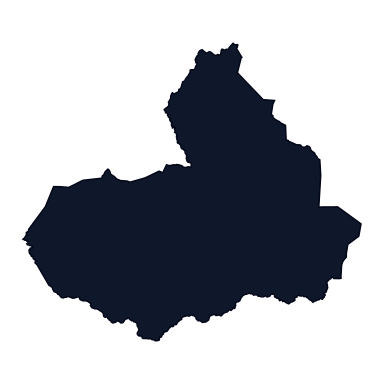 the district of Machaze, Manica, Mozambique
{"feature_id": "85939544B88211826741163", "entity_name": "Machaze", "entity_type": "district", "adm_level": 2, "iso_a3": "MOZ", "parent_name": "Mozambique", "parent_adm1": "Manica", "projection": "natural_earth1", "projection_center": [33.202, -20.936], "detail": "fine", "context": "isolated", "style": "filled", "palette": "ink", "viewbox_px": 384, "rotation_deg": 0, "n_neighbors": 0, "source": "geoboundaries", "source_scale": "gbopen_adm2", "svg_char_len": 5983}
<svg xmlns="http://www.w3.org/2000/svg" viewBox="0 0 384 384"><path d="M237.4,44.6L234.8,44.8L234.0,44.4L233.6,43.4L233.0,43.3L229.2,47.5L228.7,49.3L226.3,49.3L225.5,50.0L224.6,50.1L222.4,49.2L221.8,49.3L221.3,50.3L220.7,54.2L219.8,55.2L217.9,54.5L216.4,55.3L214.6,55.3L211.3,52.5L209.9,51.8L208.8,51.9L206.6,53.4L202.1,49.7L200.3,50.4L199.3,51.2L198.1,53.6L198.4,55.2L197.2,55.8L196.6,56.6L195.2,59.6L196.0,62.9L197.0,63.1L197.2,63.7L197.1,64.3L195.7,66.2L195.0,68.8L193.7,69.8L190.9,69.7L190.1,70.3L190.2,71.9L189.8,72.8L188.2,75.6L185.3,79.3L185.0,80.9L182.7,81.8L181.1,87.3L180.4,88.8L178.9,89.4L178.5,91.7L174.9,93.5L174.6,94.0L173.9,94.1L172.5,92.8L172.0,93.1L170.7,96.2L170.8,97.8L170.5,98.7L168.4,102.4L169.0,103.6L168.7,105.6L168.1,106.5L164.4,109.3L164.7,109.6L164.4,110.3L165.3,111.0L165.4,112.2L166.1,113.0L167.0,113.2L167.8,114.2L167.5,115.2L168.1,116.0L168.6,117.4L169.9,117.7L169.7,119.3L170.1,120.8L171.3,121.9L171.3,122.4L171.9,122.3L171.4,125.0L172.3,127.0L172.4,127.9L173.3,127.7L172.9,127.1L173.2,126.5L175.2,127.8L174.5,129.1L174.6,129.6L175.3,129.5L175.4,129.9L174.9,131.0L175.2,131.6L174.7,132.3L176.1,133.2L176.5,134.1L176.7,136.0L176.4,137.1L177.0,137.9L176.8,139.2L177.7,141.1L177.3,141.8L177.5,142.9L179.8,144.1L180.0,144.6L181.0,145.4L180.8,146.6L181.2,147.8L182.0,148.8L183.2,149.2L184.6,150.7L185.0,150.6L185.2,153.2L186.3,154.4L186.6,155.3L186.4,156.3L186.9,157.1L187.0,157.5L186.2,158.4L186.9,159.6L186.8,160.8L188.0,161.6L188.1,162.3L189.6,162.2L190.0,162.8L191.2,162.9L191.2,167.2L188.1,166.8L185.8,167.5L183.9,167.3L183.2,167.0L182.0,165.8L178.8,164.8L176.6,164.5L175.8,164.9L172.5,164.9L171.4,165.4L169.0,165.6L166.5,164.8L162.8,172.7L159.0,171.2L145.1,177.9L130.0,182.2L127.3,181.1L120.6,180.6L116.7,179.0L114.5,176.7L110.6,174.1L109.8,171.3L108.5,169.4L107.7,169.2L105.2,171.7L103.7,174.9L102.4,175.8L101.7,178.2L82.9,180.3L68.8,187.4L60.2,186.7L53.6,186.6L45.4,206.7L28.6,229.4L28.7,231.0L26.4,232.5L26.3,234.0L26.9,235.1L26.0,235.4L24.6,237.8L23.0,239.2L24.9,240.2L26.1,240.3L28.2,242.7L28.2,243.8L26.9,243.8L27.3,244.7L28.5,245.0L28.4,244.3L28.8,244.1L29.7,245.5L30.7,245.5L33.0,247.0L32.6,247.6L30.2,248.2L29.7,249.6L29.0,250.1L29.0,250.7L29.5,251.3L29.2,252.2L29.5,253.1L30.6,254.8L31.4,255.2L31.2,255.8L31.5,256.4L32.3,256.4L32.9,257.1L33.4,258.9L35.6,260.0L35.3,260.9L35.7,261.5L35.0,262.3L35.1,262.9L37.0,264.7L48.7,284.9L49.3,285.6L50.4,285.8L51.5,287.0L52.4,287.3L52.7,289.1L54.1,291.7L56.6,292.5L57.9,294.3L59.5,294.9L60.3,296.4L61.6,297.6L63.6,297.9L64.8,297.2L66.1,297.3L68.1,296.4L72.7,298.2L74.9,297.9L78.5,296.7L79.0,297.0L80.1,299.6L82.6,300.7L83.3,300.4L83.7,300.8L84.1,300.4L84.5,300.8L85.9,300.8L87.6,301.3L90.8,303.6L91.0,304.9L90.4,305.3L90.5,305.7L91.9,307.7L95.0,308.9L96.5,308.8L97.9,309.3L102.6,312.4L103.8,315.0L103.5,315.7L103.7,316.3L105.1,317.3L106.7,316.9L107.6,317.4L107.7,318.4L108.8,319.0L109.3,320.1L110.8,320.9L111.3,322.0L112.7,322.9L113.7,322.9L114.4,321.9L115.7,322.4L116.4,321.2L117.2,320.9L119.3,321.6L120.9,323.0L122.5,322.8L123.4,322.1L125.5,318.8L126.8,319.0L127.7,317.6L128.4,317.6L129.3,319.0L131.6,320.7L133.1,320.9L134.0,321.9L135.1,321.9L137.2,323.6L137.1,325.6L138.4,327.8L138.6,328.8L139.1,329.7L137.3,333.0L137.2,333.9L137.9,335.1L138.9,335.9L141.2,336.1L142.0,337.0L142.3,338.0L143.2,338.5L147.1,338.5L148.6,338.9L150.0,338.4L151.9,339.6L154.1,339.9L155.0,340.7L157.5,340.7L159.3,340.0L159.5,337.2L159.9,336.9L160.9,337.2L161.4,336.8L162.4,334.7L163.4,334.1L163.4,333.1L164.0,332.3L167.3,331.0L169.1,328.2L170.2,327.4L170.0,326.3L171.0,326.1L171.8,326.6L173.0,326.5L173.6,326.0L173.7,325.3L174.2,324.5L175.0,324.3L175.7,324.7L176.6,324.3L177.3,322.3L178.8,321.4L179.4,320.5L181.6,319.4L181.4,318.2L183.1,316.8L187.7,315.6L188.4,316.1L189.3,316.1L191.0,315.0L191.8,315.0L193.0,315.6L194.2,315.7L195.9,317.5L196.2,318.9L198.0,320.7L198.8,320.9L199.9,320.5L202.3,322.4L206.1,321.9L208.6,320.0L209.5,316.7L210.4,315.8L213.6,314.5L215.1,314.7L215.9,315.5L217.9,315.3L219.0,314.7L220.4,315.8L221.3,315.8L223.6,313.3L225.9,312.2L227.2,312.0L229.4,309.8L230.1,309.7L230.7,310.4L231.1,310.4L233.3,308.1L233.9,308.5L234.7,308.4L235.7,305.3L235.4,304.0L235.6,303.1L236.9,301.8L238.3,301.8L239.8,300.7L241.2,297.5L241.8,297.1L242.4,296.0L244.9,294.4L246.7,294.2L247.1,293.8L250.0,293.2L250.8,293.9L252.3,293.7L253.5,295.1L256.7,294.7L258.0,296.1L260.0,296.3L261.0,296.8L263.6,296.8L265.4,295.9L266.2,296.0L267.0,297.0L269.7,296.2L271.1,294.1L273.4,294.1L274.6,294.8L274.5,296.3L274.7,296.9L276.8,298.1L278.5,298.5L279.7,300.7L280.9,300.1L282.0,300.1L282.8,301.5L284.0,301.0L285.6,302.4L288.5,303.8L289.2,303.6L291.0,301.9L292.0,302.0L293.9,301.0L294.9,300.1L294.6,298.3L294.9,297.7L297.0,297.0L297.5,295.5L298.7,295.0L299.1,295.7L301.2,296.1L302.8,295.7L304.0,296.7L306.1,296.3L306.6,297.4L307.7,297.8L309.8,299.9L311.7,300.6L312.0,301.5L313.0,302.3L314.1,301.4L316.5,300.6L317.4,299.9L319.1,299.7L320.3,298.5L321.3,298.3L321.8,299.1L322.5,299.2L323.2,297.8L324.1,297.3L324.3,296.2L325.0,295.5L325.1,294.9L325.0,294.5L324.3,294.2L324.1,293.0L324.5,292.6L325.7,292.5L326.2,291.8L326.6,290.0L327.1,289.4L327.7,287.5L327.3,286.1L327.4,284.7L326.9,283.5L327.0,281.8L327.4,281.1L328.6,280.5L329.0,279.3L330.5,278.9L331.5,277.6L332.1,277.3L332.9,277.4L333.9,278.5L339.6,278.6L341.1,278.2L340.9,276.9L341.6,265.3L342.6,261.9L344.0,259.7L346.3,257.1L346.3,253.7L347.8,244.4L358.8,236.2L361.0,223.9L337.7,206.9L318.8,207.0L320.7,175.5L319.8,159.8L317.7,158.6L316.9,156.7L315.2,154.8L314.6,153.1L311.1,150.5L310.1,147.6L309.5,146.9L307.5,145.9L306.7,145.9L305.3,147.1L302.9,147.2L301.7,146.6L300.9,145.4L299.7,144.8L296.7,144.8L289.9,141.8L288.8,141.8L288.4,140.6L287.2,140.4L286.1,139.3L285.5,125.3L281.5,123.4L278.9,121.3L277.5,120.9L277.1,120.4L275.2,119.5L273.0,117.4L272.8,116.6L273.0,115.9L272.1,115.3L271.3,114.0L272.8,104.4L274.5,100.5L263.2,99.7L237.4,72.8L241.1,58.0L241.9,57.4L236.7,48.9L236.9,47.7L237.3,47.4L237.3,46.4L237.9,45.2L237.4,44.6Z" fill="#0f172a" stroke="#020617" stroke-width="1.5"/></svg>